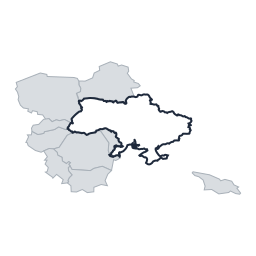 Ukraine highlighted, Natural Earth projection
{"feature_id": "UKR", "entity_name": "Ukraine", "entity_type": "country or territory", "adm_level": 0, "iso_a3": "UKR", "parent_name": "Europe", "parent_adm1": "", "projection": "natural_earth1", "projection_center": [31.244, 48.371], "detail": "fine", "context": "with_neighbors", "style": "outline", "palette": "slate", "viewbox_px": 256, "rotation_deg": 0, "n_neighbors": 9, "source": "natural_earth", "source_scale": "50m", "svg_char_len": 9269}
<svg xmlns="http://www.w3.org/2000/svg" viewBox="0 0 256 256"><path d="M110.4,61.8L117.3,64.0L118.2,66.1L121.6,65.0L128.1,67.1L128.7,71.1L127.3,73.3L131.4,78.9L134.2,80.5L133.8,82.0L138.3,83.5L140.2,85.8L137.6,87.7L130.9,88.2L134.2,96.6L128.4,97.1L126.3,99.0L125.8,103.4L117.0,102.9L115.3,100.9L112.7,102.4L90.6,98.2L85.3,98.4L81.5,100.8L78.3,101.1L78.3,97.3L76.4,93.3L80.5,91.5L80.7,88.1L78.9,84.8L78.8,81.0L85.2,81.1L92.6,77.9L94.2,73.0L99.7,70.3L99.2,66.5L110.4,61.8Z" fill="#d9dde1" stroke="#a8b0b8" stroke-width="1"/><path d="M78.8,81.0L78.9,84.8L80.7,88.1L80.5,91.5L76.4,93.3L81.4,108.7L80.6,111.1L77.2,112.2L70.7,119.4L72.3,123.4L64.5,119.5L59.5,120.7L56.3,119.8L52.1,121.7L48.9,118.6L46.0,119.8L42.7,114.9L37.7,114.4L37.2,111.7L32.6,110.7L31.4,113.0L27.8,111.2L28.4,108.8L23.4,108.0L20.4,105.2L18.1,99.7L18.8,96.7L17.5,92.1L15.4,89.0L17.4,86.7L16.2,82.4L40.3,73.0L46.8,74.4L47.2,76.5L73.9,77.5L77.3,78.4L78.8,81.0Z" fill="#d9dde1" stroke="#a8b0b8" stroke-width="1"/><path d="M67.4,128.7L71.1,131.1L71.5,133.4L67.2,135.3L59.2,147.3L53.5,148.9L49.2,148.5L41.1,152.2L35.4,150.5L28.2,145.6L27.1,142.6L25.9,142.5L28.6,136.8L27.4,134.9L31.3,134.9L32.0,131.3L37.9,134.5L43.7,133.4L44.4,131.7L54.6,129.5L58.6,126.9L65.9,129.6L67.4,128.7Z" fill="#d9dde1" stroke="#a8b0b8" stroke-width="1"/><path d="M98.6,130.4L104.9,128.3L112.7,131.3L115.8,133.7L115.3,136.7L117.8,138.1L118.8,141.8L122.0,146.3L113.9,146.2L114.4,147.8L111.2,153.6L109.4,154.6L108.2,150.6L108.8,142.9L100.7,131.3L98.6,130.4Z" fill="#d9dde1" stroke="#a8b0b8" stroke-width="1"/><path d="M109.4,154.6L112.5,156.2L115.8,154.8L119.0,156.3L119.2,158.6L115.7,160.5L113.6,159.7L111.5,170.5L102.3,166.3L93.9,168.4L90.4,170.6L71.9,169.4L68.7,164.2L70.4,162.7L68.7,161.6L66.4,163.6L62.4,161.0L62.0,157.3L57.8,155.2L57.2,152.4L53.5,148.9L59.2,147.3L67.2,135.3L74.6,131.5L83.2,132.5L86.4,134.7L93.9,132.5L95.7,130.4L98.6,130.4L100.7,131.3L108.8,142.9L108.2,150.6L109.4,154.6Z" fill="#d9dde1" stroke="#a8b0b8" stroke-width="1"/><path d="M70.0,165.8L71.9,169.4L90.4,170.6L93.9,168.4L102.3,166.3L111.5,170.5L107.8,174.2L105.1,180.6L107.4,185.7L101.2,184.5L93.9,187.3L93.8,191.8L87.3,192.6L82.3,189.5L76.5,192.0L71.2,191.7L70.9,185.8L67.4,182.9L68.6,181.6L67.9,180.6L69.2,177.7L72.0,174.9L68.7,171.0L68.2,167.8L70.0,165.8Z" fill="#d9dde1" stroke="#a8b0b8" stroke-width="1"/><path d="M192.2,172.9L193.0,171.8L209.5,174.8L219.4,179.1L220.7,180.8L224.9,179.4L231.7,181.2L234.0,184.9L238.6,187.0L236.9,188.2L240.6,193.1L239.7,194.2L235.8,193.6L230.4,191.0L228.7,192.5L218.8,193.9L211.7,189.5L204.2,189.9L205.1,186.1L203.1,180.0L198.8,176.7L194.9,175.6L192.2,172.9Z" fill="#d9dde1" stroke="#a8b0b8" stroke-width="1"/><path d="M70.9,122.8L65.9,129.6L58.6,126.9L54.6,129.5L44.4,131.7L43.7,133.4L37.9,134.5L32.0,131.3L31.5,128.2L33.2,125.2L38.7,124.4L43.6,119.3L48.9,118.6L52.1,121.7L56.3,119.8L59.5,120.7L64.5,119.5L70.9,122.8Z" fill="#d9dde1" stroke="#a8b0b8" stroke-width="1"/><path d="M43.7,150.9L49.2,148.5L53.5,148.9L57.2,152.4L57.8,155.2L62.0,157.3L62.4,161.0L66.4,163.6L68.7,161.6L70.4,162.7L68.7,164.2L70.0,165.8L68.2,167.8L68.7,171.0L72.0,174.9L69.2,177.7L67.9,180.6L68.6,181.6L67.4,182.9L61.7,183.6L63.2,179.6L56.6,174.4L52.5,178.5L53.1,177.7L45.4,172.1L47.1,171.7L48.3,167.5L45.1,164.1L47.0,160.2L44.5,160.2L47.4,156.8L43.7,150.9Z" fill="#d9dde1" stroke="#a8b0b8" stroke-width="1"/><path d="M157.0,152.7L158.7,155.0L159.5,155.8L160.1,156.1L160.8,156.2L162.1,155.5L162.7,155.4L163.9,155.6L164.4,155.2L165.0,154.9L165.9,154.9L167.9,155.4L167.0,156.9L166.7,158.4L165.5,158.7L164.3,158.7L163.0,158.9L162.2,158.3L161.6,158.0L160.9,157.9L160.2,158.1L159.4,159.1L158.0,159.9L157.5,160.7L156.1,160.5L154.9,160.7L153.2,161.4L151.9,163.1L150.4,164.1L149.3,164.4L148.2,164.3L147.5,164.0L146.0,162.9L146.1,162.5L146.6,161.8L147.1,159.8L147.1,159.1L146.7,158.1L145.6,157.3L144.7,157.4L144.1,157.2L142.2,155.8L141.2,155.8L140.1,156.0L139.7,155.8L139.4,155.4L141.6,153.7L143.8,152.3L144.8,152.1L146.0,151.5L147.4,150.5L147.2,149.8L146.9,149.2L145.8,149.5L144.6,148.9L144.2,148.5L142.4,149.0L141.4,148.9L139.1,149.3L138.1,148.9L136.0,147.7L135.3,147.5L134.6,147.6L134.2,147.2L134.7,147.0L135.7,146.8L135.9,146.6L135.8,146.2L134.8,146.0L133.8,145.9L132.7,145.1L133.8,145.1L134.9,145.4L136.7,145.5L138.3,145.8L139.8,144.6L138.2,145.1L136.7,144.8L136.1,144.4L135.6,143.8L135.4,143.1L135.5,142.5L135.3,141.4L134.6,139.8L134.1,139.3L134.6,140.4L134.8,141.2L135.2,141.9L135.1,143.7L134.9,144.3L134.2,144.5L132.5,144.2L132.7,143.2L132.3,143.5L131.6,144.5L131.0,144.6L129.8,144.5L127.4,145.2L126.9,146.8L126.4,147.7L125.4,149.1L123.3,151.2L120.6,152.4L119.6,152.2L119.2,152.5L119.0,152.9L119.0,153.6L119.5,154.1L119.9,155.9L119.7,156.6L118.8,155.6L117.6,155.2L116.3,155.4L115.0,156.1L114.0,156.4L113.2,156.2L113.2,156.6L113.3,156.7L113.1,156.9L110.9,156.3L110.0,155.9L109.3,154.9L110.0,154.5L111.3,154.3L111.4,153.9L111.2,153.0L111.7,152.4L112.5,151.9L112.9,151.4L113.0,150.6L113.8,150.2L114.5,149.6L114.6,148.9L114.9,148.5L114.5,147.5L114.4,146.8L114.4,146.3L114.6,146.0L115.9,145.4L116.2,145.4L116.3,145.6L116.3,146.7L116.6,146.6L117.0,145.9L117.2,146.1L117.6,146.2L118.1,146.0L118.7,146.4L119.2,146.5L119.8,146.1L120.1,146.2L120.7,147.0L122.4,146.7L122.8,146.3L121.3,145.3L121.5,143.6L121.3,143.1L121.0,142.7L119.9,142.2L119.1,141.7L118.9,141.5L118.8,140.8L118.5,140.4L118.5,140.1L118.7,139.6L118.7,139.0L118.7,138.8L117.6,138.3L117.3,137.9L116.1,137.2L115.9,136.9L115.8,136.5L116.3,135.4L116.4,134.7L116.4,134.4L116.3,133.4L115.9,132.7L115.6,132.6L114.8,133.0L114.5,132.8L114.1,132.4L113.5,131.3L111.8,131.1L111.3,131.6L111.0,131.1L110.8,131.0L110.5,131.1L110.4,131.0L110.5,130.5L110.1,130.3L109.2,130.3L108.7,130.1L108.7,129.8L108.4,129.6L107.9,129.4L107.4,129.2L106.9,128.7L106.2,128.4L105.0,128.2L104.0,128.7L103.6,128.6L102.8,129.1L100.6,129.1L100.2,129.0L98.7,129.8L98.6,130.1L96.4,130.6L96.2,131.4L95.4,132.4L90.5,133.2L88.5,133.9L87.8,134.6L86.6,134.9L84.4,133.0L83.8,132.8L81.7,133.2L80.8,132.9L80.4,132.9L78.2,132.4L76.4,132.5L75.0,131.6L74.5,131.6L73.9,132.3L72.7,132.8L72.5,132.7L72.5,132.4L72.6,132.1L72.0,131.4L71.3,131.5L70.7,131.2L70.3,130.6L69.6,130.2L69.1,130.1L68.9,129.9L68.5,128.8L67.7,128.8L67.8,127.4L68.9,126.4L69.6,124.7L70.6,123.3L70.7,123.0L71.0,122.9L72.6,123.4L72.8,123.3L72.8,122.9L71.9,122.1L72.1,121.0L71.6,118.9L72.0,118.3L74.4,115.7L76.0,114.2L79.2,111.6L81.0,111.3L81.5,110.4L81.8,110.2L81.9,109.5L81.6,108.5L81.1,108.0L81.2,107.8L81.7,107.7L82.0,107.5L81.9,107.2L81.2,106.7L80.9,106.2L80.4,105.0L79.1,103.4L79.1,103.1L79.3,102.7L79.1,102.2L78.8,101.6L78.9,100.8L79.5,100.6L80.1,100.6L80.6,100.7L81.2,101.1L82.4,100.4L83.4,99.4L83.8,98.9L84.0,98.6L87.4,98.3L88.8,98.1L90.2,98.0L94.6,98.2L97.7,98.8L98.1,99.1L100.3,99.5L102.8,99.6L103.8,101.0L105.9,100.9L106.5,101.2L106.4,101.9L106.5,102.0L106.8,101.9L107.4,101.1L107.6,101.0L108.6,101.3L109.1,101.2L109.5,100.9L109.8,100.9L111.4,101.2L112.2,101.3L112.6,101.4L112.9,102.2L113.5,102.4L113.9,101.7L114.3,101.4L115.2,101.2L115.7,100.7L116.0,100.7L116.2,100.8L116.5,101.1L117.3,102.6L117.7,102.8L119.1,102.4L121.5,102.2L122.5,102.0L123.2,102.0L124.2,102.7L124.3,103.3L125.1,103.8L125.8,103.8L126.0,103.4L126.4,103.1L126.2,102.0L125.7,101.0L126.0,100.2L126.6,99.1L127.2,98.4L128.7,97.1L129.4,96.8L130.3,97.0L131.2,96.6L132.7,96.5L134.1,96.6L135.4,97.1L136.4,97.0L137.5,96.5L138.0,95.1L138.5,94.8L139.0,94.8L141.0,95.3L141.7,95.3L143.3,94.5L144.3,94.4L145.4,94.6L147.3,94.5L147.9,94.7L148.6,95.3L149.2,96.1L149.9,97.6L151.8,99.4L151.9,99.7L151.7,99.9L150.0,100.2L149.9,100.5L150.5,101.3L150.6,102.5L150.7,103.0L151.0,103.2L151.1,103.4L150.6,103.9L150.8,104.0L152.5,104.1L154.0,104.6L156.4,104.4L156.6,104.6L157.1,105.6L157.4,105.8L158.1,105.8L158.3,106.0L158.1,106.2L158.2,106.6L158.4,107.0L158.7,107.9L159.1,108.5L159.1,108.9L158.7,109.5L158.9,110.1L159.4,110.8L159.8,111.0L160.1,111.6L160.7,111.8L162.2,111.0L163.7,111.3L164.2,111.6L164.6,112.1L165.0,112.4L165.5,112.3L166.4,112.4L167.2,113.0L168.1,112.3L169.7,111.9L170.6,111.8L172.1,111.2L172.6,111.3L173.2,111.9L173.7,112.3L173.9,113.0L174.6,113.9L177.0,115.5L177.7,115.4L177.8,115.2L177.9,114.6L178.1,114.4L178.4,114.4L179.8,115.2L181.1,115.3L183.0,116.4L183.7,116.4L184.7,116.1L185.6,117.1L186.7,117.2L189.0,118.6L189.6,118.6L190.7,118.4L191.0,118.5L191.1,118.8L190.9,119.2L190.9,119.8L191.4,120.4L191.5,120.9L191.3,121.4L191.1,121.8L189.9,123.0L188.5,123.5L188.7,123.9L189.0,124.3L190.7,124.9L190.8,125.2L190.6,125.3L190.1,125.4L189.3,125.3L188.7,125.9L188.4,127.2L189.2,127.4L189.7,127.6L190.1,128.7L190.1,129.2L189.9,129.5L190.6,130.0L190.7,130.3L190.2,130.9L189.5,132.7L189.5,133.4L189.2,133.7L186.9,133.8L183.5,133.7L182.9,133.8L182.2,134.9L181.7,135.3L180.8,135.7L179.9,135.8L179.3,136.3L179.1,137.0L179.1,137.6L178.8,138.4L178.8,138.6L179.3,138.8L179.2,139.1L178.9,139.3L178.8,139.7L178.9,140.4L178.7,140.5L176.2,140.4L174.3,140.5L172.9,141.9L172.0,141.9L170.9,142.3L170.1,142.8L169.1,143.7L168.4,143.3L167.5,143.3L166.6,143.6L165.6,144.2L165.0,144.3L163.8,144.2L162.4,144.5L159.5,146.7L158.5,148.3L158.2,148.6L157.7,148.9L156.8,149.1L158.7,147.6L158.7,146.8L158.3,146.2L157.2,147.7L155.7,148.4L155.6,149.4L155.8,150.2L156.1,151.1L157.0,152.7ZM136.8,148.7L133.7,148.2L132.7,147.8L132.5,147.3L132.4,146.8L133.3,147.6L135.9,148.3L136.8,148.7Z" fill="none" stroke="#1e293b" stroke-width="2"/></svg>